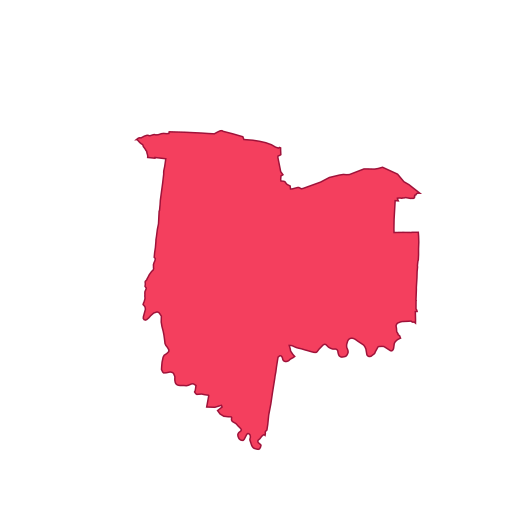 Hantesti, Suceava, Romania (Mercator projection), rotated 129°
{"feature_id": "2599482B54866642936153", "entity_name": "Hantesti", "entity_type": "district", "adm_level": 2, "iso_a3": "ROU", "parent_name": "Romania", "parent_adm1": "Suceava", "projection": "mercator", "projection_center": [26.365, 47.754], "detail": "fine", "context": "isolated", "style": "filled", "palette": "rose", "viewbox_px": 512, "rotation_deg": 129, "n_neighbors": 0, "source": "geoboundaries", "source_scale": "gbopen_adm2", "svg_char_len": 6137}
<svg xmlns="http://www.w3.org/2000/svg" viewBox="0 0 512 512"><g transform="rotate(129 256 256)"><path d="M228.9,92.0L227.6,94.2L227.7,96.0L227.5,96.3L227.1,96.6L226.3,99.0L223.7,101.4L222.1,103.3L220.5,103.8L219.2,103.8L216.4,102.3L215.0,101.2L211.1,96.8L209.5,95.1L209.0,94.3L209.0,93.0L208.6,92.3L207.8,91.5L207.8,89.8L204.9,92.1L198.9,97.2L197.7,95.9L196.9,97.0L196.4,98.4L190.4,103.2L189.6,103.6L189.5,104.0L181.6,109.9L179.4,111.7L171.8,117.1L166.7,121.0L162.9,123.5L161.8,124.6L158.2,126.9L156.9,127.4L152.8,130.4L148.0,134.3L142.8,138.2L138.5,141.9L135.4,144.8L139.5,149.8L140.0,150.1L140.2,150.4L145.1,156.6L149.2,161.5L150.9,163.5L148.5,165.6L140.7,171.7L125.4,182.7L123.6,180.1L122.6,182.0L122.1,182.5L121.0,181.4L120.3,180.6L119.3,178.9L118.9,178.8L118.5,178.4L117.6,177.4L116.4,176.5L114.0,172.1L113.4,171.5L112.2,170.0L111.8,169.7L110.8,169.6L110.3,170.2L109.7,170.2L109.4,170.5L109.0,170.9L107.8,170.2L107.1,170.4L106.3,170.4L105.2,169.6L104.1,168.2L104.3,182.0L105.2,187.8L103.3,197.5L107.4,213.5L111.2,216.2L113.9,218.6L118.3,224.3L120.4,226.9L134.0,234.7L136.0,237.0L137.6,239.4L140.6,242.1L148.8,248.4L157.9,252.3L173.8,261.9L175.2,263.0L175.8,265.8L176.5,266.7L181.1,270.1L182.2,271.4L180.1,273.5L180.8,276.8L180.7,278.1L180.2,279.6L180.1,280.5L180.5,281.5L182.0,283.8L181.1,284.9L178.1,287.0L175.9,286.2L174.9,289.9L165.5,301.2L164.5,301.8L162.6,300.8L161.6,300.5L158.0,303.7L156.5,304.9L156.9,306.1L158.0,306.4L159.1,309.3L159.8,314.0L161.8,319.7L164.6,325.4L168.0,331.3L173.1,338.7L171.6,341.3L175.6,350.8L179.8,360.0L180.0,361.3L181.2,362.6L183.9,363.9L187.3,365.3L190.8,370.1L194.8,375.8L204.4,388.9L214.1,401.6L215.6,400.8L217.1,402.3L218.9,405.0L220.6,406.6L222.7,407.9L223.6,408.6L225.0,410.2L225.6,411.5L226.6,412.3L229.2,414.0L229.7,414.6L230.2,416.0L230.8,416.7L233.1,418.2L236.6,419.7L237.2,420.7L237.9,421.3L238.7,421.7L240.9,422.2L240.4,421.6L240.4,421.1L240.8,418.8L241.0,417.1L241.0,416.0L240.8,414.3L241.0,413.7L241.2,413.2L241.7,412.7L241.9,412.3L242.2,410.9L242.8,408.9L243.2,408.1L243.4,407.0L243.8,406.4L244.4,405.8L245.7,403.9L246.5,403.0L247.6,402.2L243.6,396.1L243.0,396.5L237.2,387.3L243.9,383.3L247.8,381.3L249.1,380.4L250.4,379.3L258.3,374.3L272.9,365.4L276.4,362.9L281.2,359.7L282.1,359.5L292.4,352.0L297.4,349.4L303.7,345.5L306.3,344.0L307.6,343.0L312.9,339.4L317.0,337.0L321.1,334.3L321.3,332.9L321.5,332.5L323.3,331.6L325.5,331.0L327.6,330.1L328.1,329.5L329.3,328.6L330.1,327.7L331.6,327.1L333.7,327.4L337.6,327.2L340.8,326.5L342.3,326.3L343.1,325.9L345.4,326.1L346.3,325.5L347.3,324.5L348.3,323.8L349.4,323.2L350.0,321.1L350.7,320.7L353.5,319.9L354.7,319.1L356.2,317.8L357.1,317.2L358.5,315.8L359.5,315.2L362.1,314.1L363.4,313.8L364.8,313.2L365.0,311.5L365.6,309.9L367.0,308.4L374.1,305.3L375.4,304.4L375.9,303.0L375.4,301.6L374.2,300.9L371.6,300.4L368.7,300.3L364.7,299.6L361.7,297.7L361.1,296.0L361.4,294.5L362.3,291.7L367.0,288.1L369.9,284.8L372.8,280.9L375.2,278.0L378.1,274.9L381.3,271.6L382.2,269.8L382.8,267.2L383.8,264.7L385.1,263.7L387.0,263.8L388.8,264.2L390.9,264.9L393.1,264.5L397.6,262.2L400.9,260.0L403.7,258.0L404.9,255.5L405.0,254.2L403.3,252.3L400.1,249.7L399.1,247.5L399.2,246.1L400.7,243.3L402.0,242.1L402.5,241.9L403.9,240.6L405.2,239.0L405.7,237.8L405.7,237.4L405.8,236.9L405.7,236.2L405.6,235.7L405.1,234.6L404.5,233.6L402.0,230.5L400.6,228.4L399.0,227.2L396.2,225.7L395.6,225.3L394.9,224.4L394.7,223.8L394.4,221.2L396.8,219.7L398.9,218.5L400.3,218.2L400.9,216.2L400.8,214.9L397.5,211.4L396.2,208.8L394.1,205.3L394.3,204.8L404.4,199.3L399.5,192.8L393.8,188.9L394.7,187.3L400.3,188.6L401.4,184.5L400.8,180.1L400.1,179.1L398.7,176.8L396.8,174.3L396.7,174.0L396.7,173.7L396.8,173.3L398.6,172.1L399.1,171.4L399.3,170.9L399.4,170.5L399.4,169.6L398.9,166.4L398.9,165.6L399.4,162.7L399.6,160.3L399.8,159.3L400.1,158.2L400.3,158.0L400.8,157.8L401.7,157.7L403.9,158.2L404.4,158.2L405.3,158.1L406.3,157.7L407.4,156.6L408.3,155.0L408.6,154.3L408.7,153.7L408.7,152.6L408.6,151.9L408.0,150.7L407.4,150.0L406.9,149.9L405.8,149.8L400.6,150.9L399.4,150.8L399.1,150.6L398.8,150.1L398.6,149.3L398.7,148.4L399.1,147.6L400.2,146.4L401.7,145.7L402.7,145.1L403.0,144.7L405.8,140.4L406.3,139.3L406.6,138.3L406.7,137.7L406.7,136.5L405.9,134.6L405.3,133.3L404.8,132.6L404.1,132.1L403.7,131.9L402.0,132.1L400.1,132.9L399.8,133.3L399.7,133.7L399.6,136.8L399.1,137.7L398.7,138.1L398.2,138.3L397.7,138.4L395.6,138.0L392.4,138.1L390.1,137.6L389.7,137.1L389.7,136.1L388.1,137.0L387.5,137.6L386.8,138.1L385.9,138.2L384.4,138.0L379.6,140.8L371.5,146.1L361.6,151.4L352.0,157.1L339.3,164.4L337.2,165.7L333.5,167.7L329.3,170.3L320.8,175.2L318.8,174.8L318.4,174.6L318.0,174.0L317.9,173.6L317.9,173.0L318.2,172.0L318.5,171.4L319.6,170.0L319.8,169.5L320.0,168.9L320.0,168.1L319.8,167.4L319.3,166.4L318.4,165.6L317.0,164.8L316.6,164.7L314.8,164.5L311.6,163.2L309.7,162.7L309.3,165.4L308.2,169.0L308.0,169.4L306.6,171.0L304.6,173.9L303.8,172.9L303.0,171.6L302.8,170.9L302.1,168.2L301.6,166.6L300.8,164.8L299.5,162.2L298.1,158.7L297.2,156.7L295.4,152.4L294.4,150.3L293.6,149.2L293.0,148.6L292.6,148.4L291.8,148.3L288.8,148.4L283.1,147.9L282.2,147.6L281.5,147.2L281.0,146.4L280.9,146.0L280.9,145.3L281.2,142.4L281.1,141.5L280.8,140.0L280.3,138.5L279.9,137.6L278.2,135.6L278.0,135.1L277.9,134.5L277.9,133.9L278.0,133.3L278.4,132.6L279.5,131.4L280.1,130.6L280.7,129.7L281.2,128.6L281.2,127.6L281.1,127.0L281.0,126.4L280.5,125.6L279.6,124.8L278.2,123.6L277.3,123.1L276.9,123.0L275.5,123.0L273.3,123.6L272.8,123.9L271.9,124.7L271.3,125.5L270.0,127.9L269.1,128.8L268.1,129.6L267.4,130.0L265.0,131.0L264.3,131.3L262.6,131.5L261.1,131.1L260.4,130.6L259.6,129.9L259.3,129.4L258.7,128.2L258.3,126.5L258.1,123.1L257.5,117.0L257.5,116.1L257.8,115.0L258.1,114.1L259.1,112.1L262.7,108.0L263.1,107.4L263.2,107.0L263.3,106.2L263.2,105.4L262.8,104.7L262.4,104.2L261.5,103.5L258.6,102.8L257.5,102.5L256.9,102.5L255.3,103.0L250.2,103.9L249.5,103.9L249.1,103.6L247.1,101.4L246.2,100.2L245.9,99.7L245.7,98.5L245.0,92.1L244.7,91.3L244.2,90.8L243.6,90.6L242.8,90.5L241.8,90.7L240.9,91.1L237.1,93.4L236.4,93.6L235.2,93.8L233.8,93.7L232.0,93.4L229.2,92.2L228.9,92.0Z" fill="#f43f5e" stroke="#9f1239" stroke-width="1.5"/></g></svg>